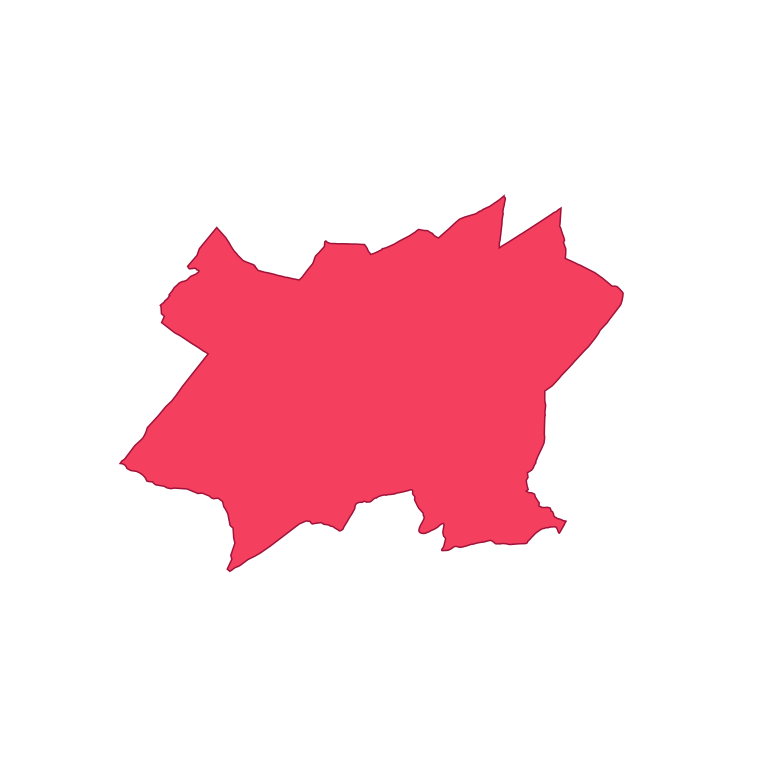 the district of Iveland nor, Aust-Agder, Norway, rotated 318°
{"feature_id": "86288312B22941385681513", "entity_name": "Iveland nor", "entity_type": "district", "adm_level": 2, "iso_a3": "NOR", "parent_name": "Norway", "parent_adm1": "Aust-Agder", "projection": "equal_earth", "projection_center": [7.955, 58.433], "detail": "fine", "context": "isolated", "style": "filled", "palette": "rose", "viewbox_px": 768, "rotation_deg": 318, "n_neighbors": 0, "source": "geoboundaries", "source_scale": "gbopen_adm2", "svg_char_len": 6171}
<svg xmlns="http://www.w3.org/2000/svg" viewBox="0 0 768 768"><g transform="rotate(318 384 384)"><path d="M540.4,494.7L556.1,493.3L560.7,493.1L572.3,491.1L576.9,490.0L580.9,488.6L590.9,487.8L593.6,487.1L611.9,483.7L613.3,483.3L616.7,481.3L619.1,479.5L622.0,477.0L622.6,476.1L622.7,472.1L622.5,468.3L621.9,466.8L620.8,465.5L619.0,463.9L617.2,451.5L615.2,442.5L609.1,426.5L608.7,426.0L605.8,418.9L602.7,412.0L605.5,409.5L609.4,405.4L612.2,398.8L614.4,398.0L616.2,394.3L616.7,392.8L618.0,389.8L619.7,386.2L619.8,385.7L620.0,384.8L620.5,383.8L621.8,382.9L633.3,371.7L630.6,371.2L627.3,371.1L624.5,370.2L621.5,369.9L609.0,368.0L588.7,364.8L583.8,363.9L569.9,361.6L565.0,360.6L560.7,360.0L564.0,356.6L564.1,356.2L565.7,355.4L568.6,352.9L579.5,343.3L580.5,342.1L582.5,340.3L586.6,337.1L587.2,335.9L588.8,334.5L590.0,333.5L592.9,331.6L595.1,329.8L598.0,327.7L598.6,326.8L598.5,325.0L599.0,324.5L593.1,324.3L581.3,322.7L574.0,320.4L573.3,320.5L571.6,320.2L571.1,319.8L570.0,319.6L569.2,319.3L568.3,319.4L565.4,318.6L555.6,313.9L550.2,312.0L544.6,311.9L536.3,312.1L522.0,311.9L520.7,307.7L520.6,306.5L520.8,304.7L519.6,301.8L519.3,300.0L518.4,298.5L517.2,297.5L514.8,294.6L513.2,292.3L511.0,292.0L509.0,292.0L502.0,290.9L490.8,288.0L485.1,286.9L477.1,284.3L474.3,283.0L473.4,282.3L471.9,282.6L465.0,280.6L461.3,279.1L460.7,278.7L461.1,277.6L461.1,276.2L461.3,274.6L462.2,271.9L462.7,269.5L462.6,268.1L462.9,267.4L455.4,259.9L455.0,259.7L450.2,255.0L448.1,253.1L447.6,252.5L443.9,249.3L440.7,246.0L439.9,245.4L437.9,243.3L436.6,240.5L436.6,239.1L436.1,238.6L435.4,238.6L433.6,240.1L431.6,242.0L429.2,242.2L423.7,242.8L418.7,243.1L416.4,244.2L413.6,245.9L411.3,246.9L402.9,248.2L394.7,249.8L390.6,250.0L385.4,243.0L383.5,240.1L381.9,238.5L381.1,236.9L377.6,232.0L375.4,228.4L371.8,223.2L370.0,221.0L368.8,218.9L368.1,218.2L368.0,217.5L367.1,216.5L366.6,215.5L366.4,214.9L366.7,211.9L366.4,210.9L367.1,210.5L366.8,208.9L367.0,208.3L364.0,202.6L362.9,200.3L361.8,197.7L361.8,196.2L361.5,191.0L361.5,190.1L361.7,188.8L361.6,184.8L362.4,179.6L363.4,175.3L364.3,169.3L364.4,155.8L337.3,159.9L331.1,163.3L316.9,165.1L317.0,165.4L316.7,165.7L316.8,166.0L316.4,166.9L316.4,167.9L316.5,168.3L321.4,171.8L321.4,172.2L321.2,173.6L321.6,174.6L322.2,175.3L322.3,175.8L322.0,176.3L321.2,176.6L319.8,176.5L318.6,176.6L317.5,176.4L312.5,174.7L306.7,174.9L305.5,174.3L304.3,174.1L303.3,173.2L301.2,172.4L298.5,171.8L297.9,172.1L292.8,172.0L288.8,173.1L283.8,174.0L283.9,174.9L280.3,175.7L276.7,175.6L275.2,176.1L270.4,175.8L270.1,177.2L265.6,182.9L266.1,186.7L259.8,189.5L262.7,205.7L264.9,212.0L268.2,225.0L270.4,232.6L271.9,238.9L272.8,241.2L273.4,244.0L232.7,250.9L222.3,253.3L214.7,254.6L206.7,254.8L194.7,256.6L178.9,258.1L175.4,260.2L172.6,261.5L168.7,262.8L165.1,263.0L158.6,263.0L156.8,263.2L140.8,266.3L137.6,265.8L134.7,266.5L136.3,268.3L137.2,271.0L137.2,272.4L136.5,274.6L136.9,276.1L137.9,278.8L141.6,283.3L143.0,286.6L143.9,290.5L143.8,294.2L142.8,297.3L144.1,299.4L146.5,301.8L146.4,303.6L146.9,306.2L152.2,312.9L153.1,315.7L155.1,318.6L156.6,319.9L158.5,321.0L167.4,330.2L172.4,340.8L176.0,343.6L179.2,350.3L179.5,352.9L180.5,355.1L184.3,357.8L185.4,363.3L182.8,368.1L182.3,371.5L181.1,376.0L175.0,386.1L175.4,390.1L169.4,397.7L166.7,402.5L155.4,408.9L153.7,412.4L143.6,416.7L144.1,420.0L145.9,420.4L148.7,420.6L150.8,420.9L153.8,422.1L156.2,422.6L165.3,423.4L173.6,425.7L179.5,426.9L191.3,428.4L227.4,431.3L234.5,433.7L236.4,435.9L237.1,436.9L236.8,438.3L237.0,440.0L239.9,441.7L244.6,445.0L245.5,448.2L246.8,449.5L247.4,450.4L248.3,451.3L249.5,454.5L250.6,455.6L251.3,458.7L252.3,461.8L252.4,463.0L252.6,463.4L253.4,463.9L254.9,464.3L256.4,464.4L258.3,463.5L265.0,461.5L268.8,460.2L274.3,458.7L278.9,457.0L281.0,455.2L281.8,454.8L283.3,454.5L284.1,454.6L285.0,454.8L286.6,455.5L288.7,457.4L290.8,457.8L291.0,458.0L292.1,460.3L292.8,460.7L294.4,462.1L296.1,462.6L298.8,462.5L300.6,462.7L301.7,463.1L302.2,463.7L302.8,463.7L304.5,463.9L306.8,464.9L309.3,466.2L310.6,467.2L310.9,467.8L312.0,468.5L312.7,468.7L315.1,470.6L317.9,472.5L318.8,473.0L320.8,473.7L323.0,475.2L325.6,476.7L330.7,479.4L333.0,480.4L333.8,481.1L333.9,481.8L333.9,482.5L332.0,484.5L331.7,485.3L331.5,486.2L331.6,488.2L330.7,489.3L330.0,489.7L329.3,490.5L329.0,491.1L327.3,497.0L326.7,499.5L326.7,506.1L325.5,507.7L325.1,508.5L325.1,509.4L324.2,510.4L322.5,511.4L317.0,513.3L313.8,514.7L311.6,516.5L311.2,518.2L312.0,520.0L313.2,521.4L314.7,522.5L318.1,523.8L321.0,524.5L324.8,525.7L328.1,526.3L331.1,526.2L333.2,526.6L334.6,527.1L334.8,528.1L334.0,529.2L330.2,532.1L328.3,533.8L326.8,536.4L326.5,537.4L326.6,538.4L326.5,539.6L325.9,540.5L319.8,544.6L318.9,545.0L316.6,545.5L316.0,545.8L315.7,546.1L315.6,546.5L315.8,546.8L319.3,549.7L320.9,550.7L324.1,551.5L327.1,551.8L328.0,552.2L329.2,553.2L330.4,555.2L331.1,556.1L333.2,557.6L336.7,559.4L341.3,561.4L343.7,563.0L346.7,564.4L350.2,566.6L352.4,568.2L357.0,570.5L358.6,571.6L359.2,572.8L359.7,575.0L359.9,576.9L360.3,577.8L362.6,579.8L363.8,580.9L364.7,581.3L365.9,582.4L368.0,584.6L369.2,586.4L370.2,587.6L377.3,593.0L382.5,597.4L383.7,597.8L384.5,597.7L385.8,597.1L388.2,597.1L391.9,596.6L393.5,596.6L396.3,596.3L401.2,596.8L403.8,597.2L405.2,597.7L406.5,598.5L408.6,599.4L409.4,600.2L409.5,600.5L410.9,601.0L412.8,602.3L415.6,604.6L416.0,605.7L416.0,606.2L415.6,608.1L414.8,609.8L414.3,611.4L414.3,611.9L414.6,612.2L423.7,609.2L424.7,608.7L427.5,607.8L426.8,606.7L426.1,606.0L425.4,604.9L425.4,604.2L424.8,603.2L424.2,601.9L422.9,600.2L422.5,598.4L422.0,597.4L422.0,595.6L423.2,593.6L423.8,591.4L423.1,590.3L423.9,589.1L424.4,587.2L424.3,586.9L422.9,584.9L421.1,583.6L418.9,581.5L417.5,578.2L418.2,577.7L419.9,576.1L419.9,574.9L420.9,569.1L422.2,566.6L421.1,564.0L420.3,562.9L419.2,561.9L418.7,561.3L418.2,559.3L418.1,558.6L420.5,559.0L422.2,555.5L424.1,552.4L425.4,550.7L428.5,549.8L431.2,545.9L436.1,546.8L438.9,546.2L441.4,544.9L444.1,544.2L444.7,543.3L450.2,540.6L459.4,536.8L463.6,534.8L467.3,531.6L469.8,528.3L473.5,524.4L481.2,516.3L483.0,515.0L484.4,512.9L489.4,508.5L490.3,507.4L491.2,505.7L492.7,503.5L497.5,498.3L498.6,496.8L507.9,497.9L517.6,497.0L521.4,496.4L536.9,495.2L540.4,494.7Z" fill="#f43f5e" stroke="#9f1239" stroke-width="1.5"/></g></svg>